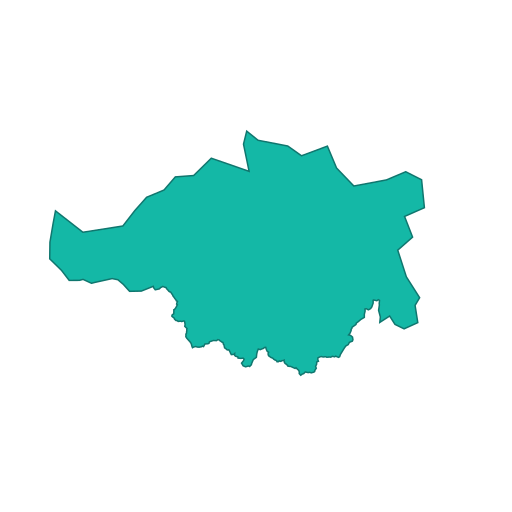 Nookat, Osh, Kyrgyzstan, rotated 331°
{"feature_id": "92254566B4479421635169", "entity_name": "Nookat", "entity_type": "district", "adm_level": 2, "iso_a3": "KGZ", "parent_name": "Kyrgyzstan", "parent_adm1": "Osh", "projection": "equal_earth", "projection_center": [72.518, 40.099], "detail": "fine", "context": "isolated", "style": "filled", "palette": "teal", "viewbox_px": 512, "rotation_deg": 331, "n_neighbors": 0, "source": "geoboundaries", "source_scale": "gbopen_adm2", "svg_char_len": 3943}
<svg xmlns="http://www.w3.org/2000/svg" viewBox="0 0 512 512"><g transform="rotate(331 256 256)"><path d="M254.3,383.4L254.6,381.4L256.5,380.1L257.0,379.3L257.7,378.1L259.6,378.3L259.7,377.4L259.8,376.6L260.7,375.1L263.0,375.2L264.0,375.5L264.4,375.6L264.6,375.8L265.8,376.9L266.7,377.3L267.1,377.4L267.3,377.4L268.3,378.0L268.6,378.7L270.1,379.5L270.8,379.6L272.1,380.6L273.1,380.8L274.1,380.7L275.9,382.3L276.0,382.3L277.1,382.2L278.9,384.5L279.1,384.7L280.2,384.6L280.4,384.6L282.0,383.1L288.5,379.4L290.6,378.4L290.8,378.3L291.8,378.2L292.0,378.2L293.7,378.2L295.8,376.8L298.4,377.1L299.0,377.2L300.2,376.2L301.1,373.7L300.2,371.3L298.7,369.9L300.8,369.1L303.1,367.3L303.4,366.5L305.0,365.6L305.5,364.9L310.0,364.4L310.3,364.3L310.5,364.1L311.2,363.3L313.7,363.0L317.0,362.3L317.6,362.3L321.0,362.2L322.5,359.5L324.6,357.2L324.8,356.9L325.6,355.2L326.8,355.5L327.0,355.7L327.9,357.2L328.3,357.6L329.6,357.6L330.7,357.6L331.3,357.3L332.0,357.0L332.6,356.7L335.6,354.0L337.0,351.5L337.6,351.5L340.0,353.7L341.8,353.5L342.5,354.7L340.6,357.5L340.2,358.6L336.9,362.9L335.2,369.6L332.1,374.1L343.8,373.3L344.4,383.2L350.2,391.5L365.2,392.7L371.2,376.3L378.9,371.8L377.4,347.1L382.8,319.6L402.1,315.4L405.1,293.4L426.7,295.4L437.8,269.6L427.8,254.9L407.0,252.7L375.5,242.2L369.1,218.1L371.7,194.5L344.4,190.4L337.1,175.2L313.9,155.8L309.1,144.0L308.4,142.3L299.3,152.1L291.0,178.6L264.3,148.8L240.5,155.4L223.8,147.7L207.5,153.7L188.8,151.6L172.1,157.5L154.1,165.2L116.1,151.3L102.5,119.3L93.9,129.7L82.5,144.0L74.2,158.5L78.9,174.2L80.8,186.8L89.8,191.7L93.4,192.6L98.9,200.1L102.0,200.9L119.2,206.0L123.7,209.8L126.2,216.5L128.3,225.6L138.7,231.1L151.4,232.7L151.1,234.2L151.5,236.7L155.5,237.9L157.6,237.3L158.4,237.5L159.7,237.4L160.9,238.9L162.1,240.0L161.9,241.0L162.5,243.4L162.7,244.6L163.1,245.5L163.7,245.9L163.9,246.4L164.0,248.1L164.2,249.8L164.0,250.6L164.3,252.4L164.4,253.8L164.7,255.6L164.6,256.7L165.2,257.3L165.3,257.7L163.8,258.9L163.2,259.6L163.6,260.5L160.9,262.3L158.9,263.2L158.0,263.2L157.9,263.5L157.7,263.9L156.2,266.4L155.8,266.8L154.5,266.7L153.7,267.2L153.2,268.0L154.4,270.9L154.1,271.6L154.7,273.6L155.7,274.3L156.2,275.5L158.6,276.5L159.2,277.3L161.5,277.8L161.8,278.6L160.8,281.5L159.6,283.0L160.5,286.0L159.9,286.5L159.1,288.1L158.6,288.5L157.8,289.9L156.8,290.3L156.3,291.5L155.7,292.1L155.5,293.0L155.6,294.3L156.4,298.0L156.7,298.9L156.7,300.0L156.9,300.8L156.7,301.9L156.2,303.8L156.0,305.4L157.4,305.4L159.5,306.0L160.4,307.1L162.1,308.2L164.5,309.0L165.4,308.8L166.2,309.8L168.7,308.2L171.3,309.4L172.5,309.6L173.7,308.5L177.7,309.2L180.5,310.9L182.0,310.6L183.2,311.7L183.4,312.8L183.9,313.5L184.1,314.0L184.3,314.6L185.2,315.6L184.7,317.3L184.9,318.1L184.0,321.1L184.9,322.8L184.9,323.5L185.7,324.5L186.7,324.8L186.8,326.3L186.7,328.3L186.6,328.5L186.6,330.3L189.0,331.3L190.0,331.0L189.2,332.4L189.4,333.6L191.2,335.4L190.8,336.6L193.1,338.2L195.2,339.1L195.6,340.5L194.1,341.6L191.4,342.7L191.5,345.8L193.2,347.9L196.0,348.5L196.9,349.6L197.9,349.2L199.2,348.9L200.2,347.8L203.4,345.3L207.2,344.8L209.1,342.1L210.7,340.3L212.9,338.5L214.4,340.0L216.0,340.1L217.4,340.4L219.3,340.2L220.2,340.6L219.7,342.9L219.6,344.9L220.4,346.3L219.5,346.9L218.7,348.4L218.9,348.9L218.7,349.5L220.0,352.2L221.0,353.3L221.4,354.3L221.4,354.8L222.0,355.7L222.2,356.3L222.7,356.6L223.3,358.1L223.1,358.6L224.1,359.3L225.5,359.0L225.9,359.7L226.8,360.2L228.1,360.1L228.9,360.6L230.0,360.7L229.6,361.2L229.7,362.0L229.3,362.7L229.2,363.0L229.4,364.2L229.8,364.6L229.8,365.1L230.1,365.5L230.3,366.4L230.6,366.9L230.4,367.6L230.7,367.9L231.6,368.7L232.7,369.3L235.7,373.3L236.5,373.1L236.8,373.1L237.0,373.7L237.1,374.4L237.5,375.5L237.9,376.7L237.7,378.3L236.8,379.8L237.3,382.0L239.2,381.7L240.7,382.0L242.9,381.3L244.3,382.6L245.1,383.3L246.5,383.7L247.7,385.0L250.3,385.6L251.3,385.5L251.4,385.3L251.8,384.8L251.9,384.6L253.0,384.1L253.3,383.9L254.3,383.4Z" fill="#14b8a6" stroke="#0f766e" stroke-width="1.5"/></g></svg>